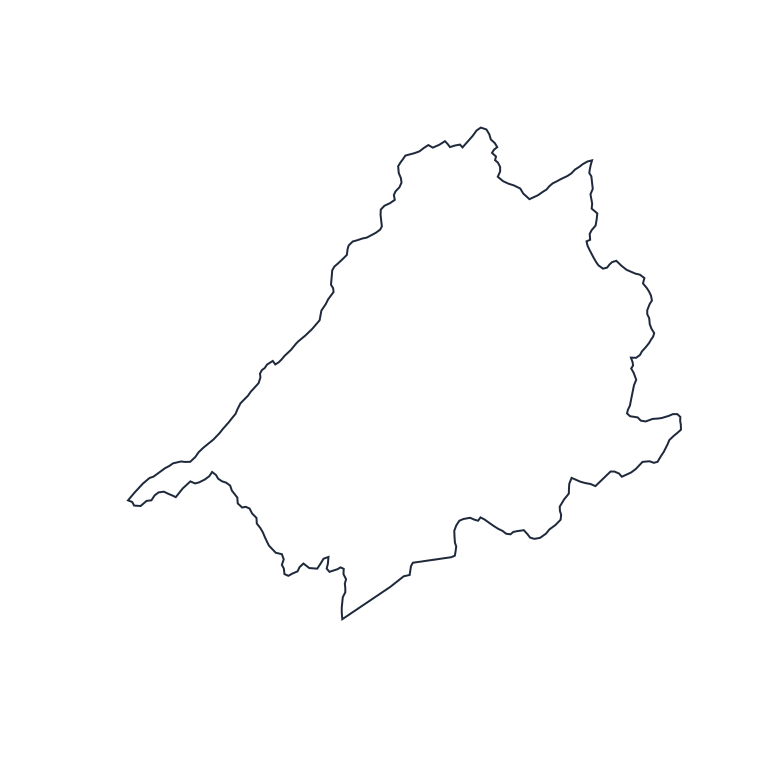 Cariús, Ceará, Brazil (Mercator projection), rotated 337°
{"feature_id": "56859067B65825011266304", "entity_name": "Cariús", "entity_type": "district", "adm_level": 2, "iso_a3": "BRA", "parent_name": "Brazil", "parent_adm1": "Ceará", "projection": "mercator", "projection_center": [-39.468, -6.626], "detail": "fine", "context": "isolated", "style": "outline", "palette": "slate", "viewbox_px": 768, "rotation_deg": 337, "n_neighbors": 0, "source": "geoboundaries", "source_scale": "gbopen_adm2", "svg_char_len": 4294}
<svg xmlns="http://www.w3.org/2000/svg" viewBox="0 0 768 768"><g transform="rotate(337 384 384)"><path d="M662.9,259.4L658.2,258.7L652.8,259.3L649.1,260.3L643.4,261.3L638.9,263.3L634.1,264.2L626.8,264.5L621.8,265.0L617.7,265.2L613.3,266.6L609.6,268.5L605.6,269.1L599.5,270.4L590.1,270.7L588.5,267.2L586.6,263.1L585.8,257.3L581.2,252.0L576.8,248.2L572.9,243.9L569.7,237.7L573.9,233.8L575.7,229.6L575.4,224.8L573.7,221.4L576.0,218.3L573.7,213.5L576.8,211.3L580.8,210.2L580.1,205.5L577.9,200.7L578.5,195.3L577.7,189.7L573.3,185.8L568.3,186.8L562.7,190.2L548.7,196.9L547.5,193.3L542.5,192.2L537.3,191.7L536.4,188.1L535.0,184.3L528.4,185.4L521.3,185.5L518.2,181.4L512.9,182.3L507.5,183.7L502.0,183.4L497.3,182.7L492.9,182.1L489.4,184.4L485.9,186.4L482.1,189.1L480.0,195.6L480.0,201.1L478.8,205.5L475.0,209.0L470.0,211.1L466.9,213.9L465.9,218.7L460.1,219.9L454.0,220.1L449.2,222.2L446.9,227.0L443.6,238.1L440.8,240.4L435.7,241.6L430.1,242.1L425.3,242.5L420.8,241.6L415.3,241.2L410.9,240.6L405.7,242.6L403.4,245.3L400.2,250.7L394.4,253.0L388.6,255.1L384.2,256.5L380.7,259.2L378.8,262.9L374.0,271.9L374.6,276.0L373.5,279.6L365.7,284.2L361.6,287.7L355.1,291.9L349.6,300.2L338.9,305.5L335.1,306.9L330.7,308.6L321.6,311.3L318.4,312.7L311.8,316.2L303.1,319.4L299.3,321.4L295.5,322.9L291.6,323.5L290.6,319.3L284.0,320.4L280.4,322.7L277.0,323.5L273.9,326.0L272.8,329.7L268.9,334.2L263.3,336.8L258.4,339.0L254.1,341.7L250.8,343.0L244.3,345.7L239.0,350.2L235.8,353.4L231.0,355.9L225.9,358.7L218.1,362.4L213.6,364.9L205.2,368.5L198.9,370.3L192.7,372.1L186.6,374.4L181.9,377.4L175.2,379.9L170.4,378.0L166.9,376.0L158.8,374.6L154.1,375.6L149.8,375.9L135.6,379.2L131.4,378.9L127.9,380.0L123.3,381.4L111.7,386.6L102.9,391.1L106.1,394.2L106.5,398.3L112.3,401.2L119.8,398.8L124.4,400.2L129.4,396.9L134.1,395.7L139.3,397.1L142.9,401.2L145.6,403.9L148.1,406.8L153.1,404.1L157.9,401.5L162.7,399.8L167.7,398.0L171.2,401.7L175.2,402.3L181.8,401.9L187.2,400.6L191.4,397.8L193.8,402.1L194.3,406.3L196.9,410.3L200.2,413.2L202.7,417.4L202.3,422.6L204.6,431.2L202.7,436.8L205.2,442.3L208.7,443.0L211.6,446.1L212.0,451.7L214.3,457.4L212.4,462.7L213.9,468.4L214.5,473.1L214.5,478.9L214.7,483.7L214.9,487.6L216.6,492.2L218.4,497.0L223.5,500.8L223.2,506.2L219.3,510.6L219.7,514.7L218.1,520.1L221.0,523.2L225.6,522.7L231.2,522.7L234.7,519.6L239.7,517.8L243.3,524.2L250.4,527.9L255.8,524.3L260.1,521.2L265.3,521.5L262.2,527.4L259.1,531.5L260.4,535.6L268.7,536.3L272.3,535.8L274.7,538.4L272.4,543.2L272.8,548.9L269.9,552.5L268.7,556.6L267.0,560.6L262.8,564.1L257.7,573.4L255.8,577.9L253.7,584.2L310.5,573.2L327.0,568.7L333.0,569.8L337.6,562.3L340.7,559.8L378.2,569.7L382.1,569.7L384.2,566.5L387.0,561.8L387.3,557.8L389.1,552.5L391.3,546.6L395.3,542.4L399.9,539.3L404.4,539.3L411.0,540.8L414.3,544.3L417.2,546.6L420.7,544.5L423.6,548.0L426.1,552.1L429.2,557.1L432.5,561.9L435.7,565.5L437.9,569.5L441.7,571.8L445.2,570.7L448.8,571.4L455.6,573.2L457.4,578.4L458.5,582.5L461.9,585.3L467.6,586.6L474.8,585.0L479.4,582.5L486.7,580.8L493.6,577.9L496.0,573.5L496.3,569.8L497.8,565.6L504.7,560.6L511.3,557.1L513.4,552.5L515.6,548.2L520.0,543.7L526.6,550.7L530.8,554.0L535.0,556.7L538.7,560.6L558.3,553.1L561.9,554.6L565.4,558.3L566.7,562.3L576.9,562.0L582.6,560.6L591.6,556.7L598.3,558.9L601.6,562.0L605.4,562.5L611.0,558.4L615.0,555.8L621.8,550.0L624.7,547.1L630.0,545.1L635.0,543.6L639.5,542.1L641.3,537.5L642.2,533.7L643.9,530.1L642.2,526.3L638.1,524.6L633.5,524.6L626.2,523.8L622.2,522.7L617.7,521.1L610.2,520.7L606.0,518.0L604.5,513.9L597.9,509.8L596.2,506.0L598.5,503.0L602.0,499.9L604.8,495.7L613.7,482.7L617.8,478.7L618.2,471.3L617.6,466.3L620.5,464.3L621.4,460.8L621.6,456.2L626.3,458.4L631.0,457.3L634.1,454.8L639.1,452.5L644.1,449.8L647.3,447.4L650.3,445.5L652.6,442.7L651.8,437.6L652.0,432.8L653.8,427.1L653.6,422.6L655.1,419.0L659.9,414.1L663.2,411.9L664.3,407.0L664.1,402.5L663.4,398.4L661.7,392.6L665.1,388.2L662.2,383.3L658.5,380.6L652.0,373.8L648.8,368.0L646.0,361.4L641.6,360.9L638.1,362.2L634.9,364.0L630.7,363.4L627.8,358.7L627.0,355.2L626.3,349.7L625.6,341.1L625.4,336.1L626.2,331.8L630.1,331.8L632.0,326.2L635.3,323.5L640.7,320.8L644.0,315.7L647.0,310.3L643.7,303.7L646.1,299.3L648.2,290.0L652.4,286.0L656.0,273.9L655.4,270.0L657.2,267.0L659.9,263.1L662.9,259.4Z" fill="none" stroke="#1e293b" stroke-width="2"/></g></svg>